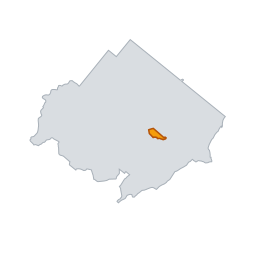 Al Matama, River Nile, Sudan (highlighted), rotated 39°
{"feature_id": "16777658B39370875153470", "entity_name": "Al Matama", "entity_type": "district", "adm_level": 2, "iso_a3": "SDN", "parent_name": "Sudan", "parent_adm1": "River Nile", "projection": "mercator", "projection_center": [32.797, 16.702], "detail": "medium", "context": "in_parent", "style": "filled", "palette": "amber", "viewbox_px": 256, "rotation_deg": 39, "n_neighbors": 0, "source": "geoboundaries", "source_scale": "gbopen_adm2", "svg_char_len": 4709}
<svg xmlns="http://www.w3.org/2000/svg" viewBox="0 0 256 256"><g transform="rotate(39 128 128)"><path d="M167.7,192.1L165.8,192.1L165.6,191.7L165.6,190.4L165.8,189.4L166.5,187.9L166.3,187.1L166.5,185.9L165.9,184.6L161.3,180.7L160.4,179.7L158.0,178.7L158.4,177.6L157.4,169.7L157.9,168.8L158.0,167.4L158.0,166.2L158.6,164.1L158.7,163.3L153.8,163.2L153.7,164.1L153.9,165.1L153.9,165.4L147.1,165.5L149.8,168.6L149.9,170.0L149.8,171.7L149.8,172.7L150.0,173.5L150.7,174.8L150.7,175.1L150.5,175.4L145.6,179.6L144.8,181.5L144.2,182.5L142.8,184.2L138.4,188.6L137.6,188.9L134.3,189.0L133.9,189.2L133.7,189.4L130.6,186.7L125.8,183.6L122.6,185.2L121.7,185.8L121.7,187.3L121.2,188.1L120.3,188.9L118.0,189.4L116.7,189.9L115.3,190.7L113.8,192.1L113.7,192.9L113.9,193.5L105.7,193.5L105.2,193.0L104.0,190.7L103.1,190.8L95.7,190.5L94.6,190.8L92.5,191.7L91.4,191.9L90.3,191.4L86.4,186.9L85.5,186.3L84.6,185.2L83.8,184.7L83.5,184.4L83.4,183.9L83.4,182.9L83.2,182.3L82.6,182.1L77.3,183.2L76.5,183.1L75.4,183.2L75.0,183.4L74.6,184.0L74.5,185.3L74.4,185.9L74.0,186.6L72.5,188.2L72.1,188.9L72.2,190.6L72.1,191.4L71.9,191.8L71.2,192.5L71.0,192.9L70.7,195.1L69.9,196.4L69.7,196.9L69.7,197.8L69.5,198.1L67.1,198.9L66.3,199.3L65.7,200.1L65.6,200.4L64.6,200.1L63.3,199.9L60.8,199.7L59.8,199.4L59.3,198.8L59.4,197.5L59.2,197.2L58.8,197.0L58.5,196.4L58.6,195.7L59.9,194.2L60.2,193.4L60.5,189.5L60.4,188.3L59.4,186.2L57.0,182.4L56.4,181.7L53.4,178.6L53.1,178.2L52.3,176.9L53.1,174.0L53.2,173.2L53.0,172.4L52.2,171.8L51.5,171.7L50.7,171.0L50.1,170.6L49.6,170.0L49.2,169.0L49.5,165.6L49.3,165.2L48.5,165.1L48.3,164.8L48.4,164.2L48.0,162.3L47.5,160.7L47.8,159.8L47.1,158.6L45.9,158.1L43.5,158.5L42.8,158.4L42.2,158.2L41.9,157.7L41.7,157.2L41.9,156.4L42.5,155.0L43.4,153.8L45.1,152.7L45.6,152.2L45.8,151.5L45.9,150.8L45.8,150.0L45.6,149.3L45.1,148.4L44.6,147.3L44.6,146.6L44.8,146.0L45.3,145.4L47.0,144.1L48.7,143.1L49.0,142.7L48.9,142.3L48.1,141.4L47.9,139.8L47.4,138.6L48.3,137.7L49.0,137.4L50.0,137.1L50.4,136.8L50.5,136.1L50.5,135.4L50.8,134.9L51.3,133.8L51.7,133.3L53.1,132.1L53.4,131.3L53.5,130.5L53.1,128.1L53.9,127.1L54.9,126.3L56.3,126.4L58.5,126.2L60.0,125.9L61.1,125.9L63.5,126.3L63.8,126.1L63.9,125.5L63.9,79.9L74.0,79.9L74.1,57.9L138.2,57.9L138.7,57.8L139.7,55.7L140.2,55.6L140.8,55.7L141.0,56.2L140.5,57.9L196.4,57.9L196.5,60.4L197.0,62.4L198.6,65.3L199.9,66.8L200.4,67.7L200.5,68.1L200.4,68.5L200.0,68.0L199.3,67.8L199.2,69.1L199.5,71.8L200.1,73.8L199.7,75.5L199.7,78.6L200.5,82.1L200.3,84.4L201.5,89.8L202.6,92.7L203.2,93.5L203.9,93.9L205.3,94.1L207.2,95.6L208.8,97.2L209.4,98.0L210.1,98.9L210.6,98.8L211.0,98.5L211.5,99.3L213.9,100.8L214.3,101.6L213.4,102.3L212.4,103.5L211.9,104.7L211.6,105.0L210.8,105.8L210.6,106.1L210.3,106.3L209.9,106.4L209.1,106.7L208.3,106.6L207.5,106.8L207.2,107.1L206.6,107.3L205.8,107.5L204.5,108.4L203.4,108.9L203.0,109.3L202.4,111.2L202.0,111.7L200.3,111.8L199.5,112.0L198.4,111.8L197.8,111.8L197.7,112.2L197.5,113.8L197.5,114.6L196.6,116.4L196.9,120.0L196.0,122.6L195.8,123.2L194.9,125.3L194.5,126.1L193.3,130.0L192.8,131.1L191.9,132.4L192.9,141.7L192.0,144.6L192.1,146.1L191.5,148.4L191.0,149.4L190.3,150.7L189.7,152.1L189.1,154.0L188.8,157.6L188.6,157.9L185.6,158.3L184.7,158.6L184.1,159.0L183.3,159.9L181.8,162.4L181.0,163.9L179.8,166.0L178.3,167.5L178.0,168.2L177.8,169.5L177.3,171.6L176.8,173.1L176.9,174.3L176.4,176.4L176.5,177.5L176.0,178.0L175.3,178.6L174.8,178.7L172.8,177.3L171.3,178.3L170.4,179.6L169.7,181.0L170.1,183.9L170.1,184.5L169.9,185.2L168.5,188.0L168.1,189.3L167.7,191.6L167.7,192.1Z" fill="#d9dde1" stroke="#a8b0b8" stroke-width="1"/><path d="M145.2,116.4L145.9,117.0L148.1,118.9L149.0,119.0L149.6,119.1L150.3,119.1L151.3,119.3L151.9,119.3L152.2,119.4L152.6,119.4L152.9,119.5L153.2,119.5L153.4,119.6L153.5,119.6L153.7,119.4L153.8,119.3L153.9,119.0L153.9,118.8L154.1,118.8L154.2,118.7L154.3,118.5L154.5,118.4L154.7,118.2L154.9,118.1L155.0,117.9L155.3,117.7L155.5,117.7L155.8,117.5L155.9,117.4L156.0,117.4L156.4,117.2L156.6,117.3L156.8,117.3L157.0,117.5L157.4,117.7L157.5,117.7L157.9,117.4L158.0,117.3L158.2,117.1L158.4,116.9L158.5,116.7L159.0,116.3L159.1,116.2L159.3,116.1L159.5,116.0L160.0,115.8L160.3,115.8L160.3,115.7L160.6,115.6L160.8,115.7L161.0,115.6L161.3,115.3L161.4,115.2L161.5,115.2L161.8,115.2L162.0,115.1L162.4,115.0L162.5,115.0L162.5,114.9L162.8,114.6L163.2,114.2L163.2,113.8L163.4,113.7L163.5,113.6L163.7,113.4L163.7,113.2L163.9,113.0L164.0,112.8L164.0,112.7L164.0,112.3L163.9,111.9L163.8,111.7L163.7,111.7L163.7,111.8L163.4,111.9L163.2,111.9L162.8,111.7L162.6,111.8L162.4,111.9L161.9,112.9L159.9,112.8L154.5,112.6L151.5,112.5L149.3,112.4L148.5,112.4L147.9,112.4L146.7,114.0L145.2,116.3L145.2,116.4Z" fill="#f59e0b" stroke="#b45309" stroke-width="1.5"/></g></svg>